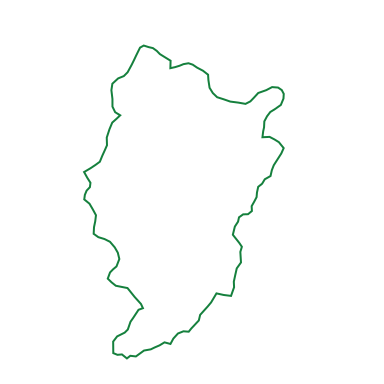 Piranguçu, Minas Gerais, Brazil (Robinson projection), rotated 350°
{"feature_id": "56859067B35969927877310", "entity_name": "Piranguçu", "entity_type": "district", "adm_level": 2, "iso_a3": "BRA", "parent_name": "Brazil", "parent_adm1": "Minas Gerais", "projection": "robinson", "projection_center": [-45.515, -22.558], "detail": "fine", "context": "isolated", "style": "outline", "palette": "green", "viewbox_px": 384, "rotation_deg": 350, "n_neighbors": 0, "source": "geoboundaries", "source_scale": "gbopen_adm2", "svg_char_len": 2004}
<svg xmlns="http://www.w3.org/2000/svg" viewBox="0 0 384 384"><g transform="rotate(350 192 192)"><path d="M94.0,262.7L97.1,267.0L100.7,271.1L111.8,275.4L117.4,285.6L122.3,293.4L123.5,297.9L118.9,298.7L112.0,306.0L108.9,309.1L104.9,316.3L101.3,318.8L93.2,321.2L88.4,325.6L86.5,337.0L90.3,339.4L94.8,339.8L99.0,344.6L102.8,342.6L108.2,344.2L117.2,339.8L124.1,339.8L128.3,338.6L133.4,337.4L138.8,335.3L144.4,337.9L148.2,333.1L153.6,328.9L159.4,327.7L164.5,329.0L167.6,326.3L176.4,319.7L178.7,314.4L187.3,307.7L191.6,304.1L198.5,296.1L205.3,298.9L212.4,301.1L216.9,293.1L217.6,287.6L220.0,281.7L222.8,275.0L228.0,269.9L229.2,259.4L231.6,254.6L229.7,250.3L224.8,241.2L228.2,233.5L232.2,229.2L233.9,225.1L238.5,222.9L243.3,223.6L247.7,221.1L248.3,216.3L251.6,212.3L254.7,208.3L255.9,203.8L258.1,198.4L262.5,196.0L265.9,192.1L272.1,189.9L274.4,184.4L277.2,179.8L281.9,174.7L286.6,169.6L289.9,164.7L286.2,158.0L282.4,154.6L278.0,151.2L270.9,150.3L272.6,144.7L274.2,140.8L275.5,135.0L279.1,130.4L283.0,126.8L288.0,124.8L294.6,121.7L298.3,115.9L299.4,111.3L298.1,107.2L294.9,104.1L289.1,102.6L282.8,104.6L274.4,106.0L269.2,110.0L265.2,112.9L260.0,114.5L253.1,112.0L245.4,109.6L239.3,106.2L233.2,103.0L229.7,98.2L227.4,92.4L227.6,84.6L228.2,79.3L223.9,74.5L218.6,70.4L214.8,66.7L210.9,64.6L205.8,64.6L201.7,65.5L196.9,66.1L192.2,66.3L193.7,59.0L189.1,54.9L184.3,50.6L181.8,46.9L178.5,43.5L174.5,41.8L169.9,39.4L165.9,40.8L163.4,44.2L160.7,47.9L157.8,52.0L154.8,56.1L152.1,59.5L149.4,62.9L145.0,66.0L139.0,67.3L132.4,71.5L130.3,77.7L129.8,86.6L128.5,94.1L130.2,100.1L134.6,104.0L130.2,106.9L125.5,109.8L121.6,115.9L117.5,123.6L116.4,131.2L113.2,136.0L109.9,140.8L106.5,146.2L101.6,148.6L96.1,151.0L89.2,153.6L91.3,159.7L93.6,165.3L92.3,169.5L88.5,172.3L86.0,176.2L84.6,180.6L89.0,185.7L91.3,191.9L93.4,198.2L91.6,204.1L89.4,209.6L87.9,216.1L91.9,220.2L97.6,223.1L102.6,226.8L106.3,233.1L108.4,238.9L108.8,245.4L104.7,252.2L100.9,254.4L97.3,257.0L94.0,262.7Z" fill="none" stroke="#15803d" stroke-width="2"/></g></svg>